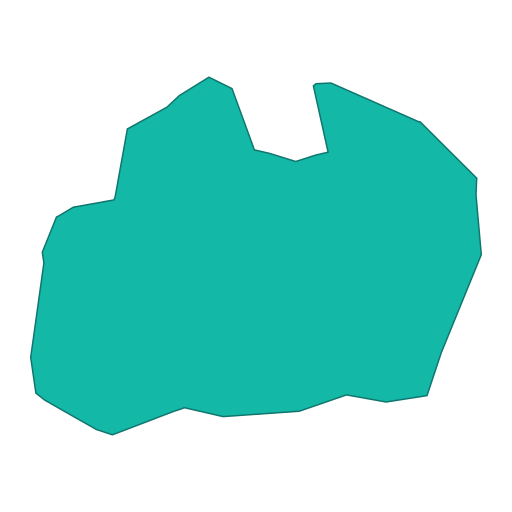 outline of Esit Eket, Akwa Ibom, Nigeria
{"feature_id": "59680162B89342314449475", "entity_name": "Esit Eket", "entity_type": "district", "adm_level": 2, "iso_a3": "NGA", "parent_name": "Nigeria", "parent_adm1": "Akwa Ibom", "projection": "robinson", "projection_center": [8.072, 4.644], "detail": "fine", "context": "isolated", "style": "filled", "palette": "teal", "viewbox_px": 512, "rotation_deg": 0, "n_neighbors": 0, "source": "geoboundaries", "source_scale": "gbopen_adm2", "svg_char_len": 643}
<svg xmlns="http://www.w3.org/2000/svg" viewBox="0 0 512 512"><path d="M427.0,395.6L441.3,352.6L481.3,254.7L476.0,194.9L476.6,180.0L476.8,178.3L420.1,121.8L418.3,121.6L330.9,83.0L316.1,83.7L313.4,85.9L328.1,152.2L316.0,155.0L295.7,161.5L293.4,160.8L269.6,153.4L254.4,149.9L232.0,88.6L208.9,77.2L179.3,95.6L166.9,107.2L127.4,128.9L115.2,196.6L114.0,199.9L73.3,207.2L58.6,216.0L56.5,217.0L42.3,252.2L43.9,262.9L31.2,353.9L30.7,357.4L35.9,393.1L44.9,400.2L76.6,418.3L96.6,429.6L112.4,434.8L173.9,411.3L181.0,409.0L184.4,407.7L223.1,416.6L299.3,411.2L346.5,394.9L386.1,402.0L427.0,395.6Z" fill="#14b8a6" stroke="#0f766e" stroke-width="1.5"/></svg>